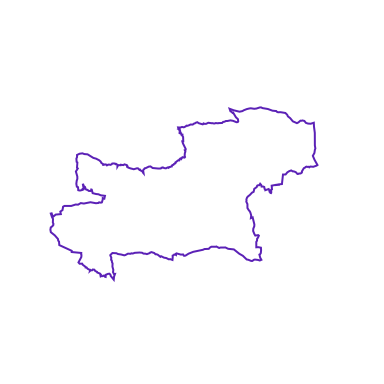 the district of Danicei, Vâlcea, Romania, rotated 236°
{"feature_id": "2599482B8342950914152", "entity_name": "Danicei", "entity_type": "district", "adm_level": 2, "iso_a3": "ROU", "parent_name": "Romania", "parent_adm1": "Vâlcea", "projection": "robinson", "projection_center": [24.445, 44.911], "detail": "fine", "context": "isolated", "style": "outline", "palette": "violet", "viewbox_px": 384, "rotation_deg": 236, "n_neighbors": 0, "source": "geoboundaries", "source_scale": "gbopen_adm2", "svg_char_len": 6061}
<svg xmlns="http://www.w3.org/2000/svg" viewBox="0 0 384 384"><g transform="rotate(236 192 192)"><path d="M181.3,331.7L182.2,328.6L183.8,326.5L185.6,325.1L188.1,324.9L189.6,323.5L189.8,322.7L190.5,321.8L190.2,319.1L190.4,317.5L194.2,315.1L198.3,314.7L201.1,313.8L202.8,314.1L205.3,313.6L208.7,310.0L210.0,307.9L211.1,307.2L212.0,307.1L214.4,304.2L218.4,301.3L222.1,297.4L223.6,296.5L224.2,295.4L225.2,292.0L226.2,290.1L228.5,287.6L229.2,286.2L230.1,283.8L230.8,280.7L230.9,279.0L232.0,276.3L236.5,272.2L240.0,269.7L237.4,269.0L236.4,269.6L234.8,269.9L234.7,270.5L229.4,270.2L226.7,270.8L224.7,269.8L224.4,269.0L225.0,267.9L228.1,265.8L229.9,263.9L231.0,261.2L231.9,259.8L232.1,258.2L232.7,257.0L232.4,255.5L234.2,252.7L234.4,252.0L235.9,250.2L236.1,249.2L236.7,248.3L237.6,247.5L237.9,246.9L240.3,244.2L240.6,241.9L241.4,240.6L242.4,239.9L242.0,239.1L242.1,238.7L245.2,236.1L246.9,235.4L247.3,233.9L247.3,232.6L247.6,231.9L247.5,230.3L248.8,228.5L249.0,226.8L249.5,225.1L250.1,224.5L249.9,223.4L250.2,221.4L251.5,220.1L252.0,218.3L253.3,216.6L252.7,216.4L251.5,216.7L251.6,216.0L250.9,216.3L250.4,216.1L250.4,216.6L248.9,216.2L248.4,215.9L248.3,215.3L247.7,215.5L247.5,214.8L246.8,215.2L246.5,215.8L245.2,215.3L244.8,216.1L243.7,215.4L242.6,215.4L238.9,213.1L239.4,212.3L237.5,211.7L231.1,210.8L230.5,210.2L230.7,209.4L229.2,209.1L228.1,207.7L226.2,206.2L224.9,205.8L224.7,205.2L224.8,204.9L225.4,204.7L225.5,204.1L226.2,203.5L225.4,201.6L226.2,201.5L226.3,201.0L226.1,200.0L225.7,199.7L225.8,199.3L225.4,199.0L226.0,198.1L225.8,195.2L225.5,195.0L225.7,194.6L225.1,194.0L225.3,192.5L224.9,191.8L225.3,190.8L225.1,190.2L224.5,189.5L224.9,188.9L224.9,188.0L225.5,187.1L225.1,186.1L226.0,185.5L226.2,183.6L227.4,182.3L228.7,181.6L228.7,181.0L229.2,180.3L228.9,179.7L229.2,178.8L230.6,176.8L233.9,172.8L236.4,171.9L237.2,170.4L237.7,166.9L238.1,166.0L237.7,165.1L237.7,164.3L237.1,163.5L234.6,162.3L235.4,162.2L236.9,162.4L238.2,161.6L239.7,161.4L239.7,160.8L241.7,160.5L242.4,159.7L243.4,156.5L246.1,154.1L248.0,152.7L248.8,152.8L249.2,152.3L249.9,152.7L250.0,153.0L250.8,153.0L252.7,151.4L252.7,150.1L254.4,148.2L254.1,147.8L255.4,146.1L255.3,145.4L254.8,144.4L256.0,145.2L256.8,145.2L257.9,144.7L257.9,144.1L258.7,143.9L259.3,143.3L260.2,141.8L259.9,140.9L260.1,139.6L261.2,138.5L261.6,137.6L261.5,136.9L261.8,136.2L262.7,136.2L263.6,135.3L263.8,134.1L264.2,133.5L264.9,133.9L266.7,133.1L268.3,133.3L270.2,132.8L273.3,131.1L275.4,129.3L281.6,126.5L283.7,123.9L285.3,122.8L286.6,120.2L287.0,117.4L285.2,116.2L284.3,114.8L281.5,113.2L280.6,113.5L276.4,110.2L275.4,110.5L273.9,107.2L269.0,105.6L267.0,104.3L265.8,102.7L263.5,100.7L260.8,99.5L259.7,100.2L257.1,98.7L256.2,99.5L255.6,100.5L255.0,102.3L255.4,102.5L255.0,103.3L255.5,103.5L255.1,104.5L255.9,104.3L259.1,105.7L259.0,106.0L257.3,105.6L256.0,106.1L253.8,105.5L253.0,105.7L252.2,106.6L250.8,106.9L249.7,108.2L249.5,108.8L250.4,109.9L250.0,110.2L246.6,109.0L244.0,111.3L242.4,113.2L240.3,114.5L237.5,117.7L235.5,115.6L236.8,114.6L235.8,113.9L233.8,111.5L234.1,110.5L235.4,109.2L235.2,108.4L236.4,106.1L240.3,102.1L242.9,95.9L245.0,93.6L245.2,90.5L246.7,88.5L248.0,84.0L251.8,78.4L251.9,76.9L249.4,74.5L249.4,71.9L247.0,70.9L249.5,66.4L249.1,62.8L252.8,63.7L253.1,62.9L249.4,61.9L247.4,61.7L244.4,59.5L243.3,59.4L242.2,58.6L242.1,57.9L241.7,57.3L241.6,55.1L239.9,53.5L237.6,52.5L232.8,54.0L228.0,54.6L226.5,53.9L225.2,54.0L222.2,52.3L210.5,59.4L209.5,58.7L203.4,66.1L202.2,65.2L201.7,65.2L200.0,63.9L197.1,58.5L195.4,58.7L194.0,60.9L192.9,60.7L189.4,61.9L188.9,61.6L188.3,62.4L186.8,62.5L184.9,63.5L184.6,64.0L184.3,64.1L183.6,63.3L183.7,64.1L182.9,65.6L183.2,66.4L182.2,67.6L180.6,67.6L178.9,68.6L178.3,68.4L175.8,70.1L174.9,70.2L175.0,69.9L173.1,69.1L173.0,69.8L172.3,70.7L172.0,72.2L170.5,72.4L169.9,72.9L171.6,74.2L171.1,76.6L170.4,77.9L169.0,78.1L167.9,77.7L163.1,78.1L165.4,80.0L167.1,82.3L167.5,81.4L169.7,81.7L171.4,83.2L174.6,84.3L177.2,86.2L178.5,86.4L180.2,87.2L181.0,87.0L182.7,88.4L185.1,88.8L185.4,89.0L185.9,91.9L183.5,95.1L182.0,95.9L179.8,98.3L177.4,100.4L177.0,101.5L176.7,104.4L175.1,106.6L175.1,107.4L174.1,108.5L173.6,110.5L171.2,114.6L169.6,116.6L168.1,117.3L166.9,118.9L165.7,119.9L165.0,122.8L165.2,123.4L164.8,124.8L162.5,126.6L160.8,126.9L160.2,127.8L159.0,128.6L156.0,129.5L156.2,130.2L156.0,130.5L153.2,132.1L151.7,133.7L149.2,135.1L148.5,136.4L146.6,137.8L148.4,139.3L150.1,140.4L149.9,141.6L150.1,142.4L149.4,143.2L148.8,143.5L149.8,144.2L149.8,144.8L146.3,147.8L145.2,149.7L143.8,149.6L143.3,150.1L142.9,151.1L142.8,154.7L141.7,159.6L138.0,168.7L137.7,170.5L135.5,174.1L135.9,175.8L135.8,177.4L133.3,181.1L133.2,181.7L130.4,183.2L130.1,184.4L127.3,188.7L124.7,190.2L121.0,194.6L114.3,196.7L110.7,198.5L105.5,199.6L104.3,200.8L101.8,202.5L101.1,203.5L101.2,205.3L100.8,206.4L98.7,208.8L97.3,209.9L97.0,211.6L99.4,211.8L102.4,212.9L102.3,213.6L102.9,214.9L105.2,216.8L107.3,218.0L109.2,216.1L110.2,214.4L114.7,217.4L115.3,218.7L116.9,219.9L117.2,221.1L118.4,223.0L119.2,222.8L120.5,220.1L122.3,220.2L125.5,220.9L127.3,222.3L128.8,224.5L130.3,225.6L137.1,228.1L137.4,226.2L139.5,228.0L142.4,228.9L143.8,229.1L144.8,228.9L147.7,229.0L151.0,231.2L153.6,231.6L154.4,232.4L155.5,233.0L156.6,234.5L157.0,235.7L157.2,238.3L157.9,241.4L157.7,243.2L159.8,245.4L159.9,248.4L160.8,249.6L160.7,250.4L160.0,251.6L160.7,253.1L159.1,253.3L157.6,252.7L156.7,254.1L155.8,254.7L153.9,253.9L153.1,254.1L152.5,253.8L151.6,257.2L149.8,256.9L148.8,256.4L148.2,256.6L147.4,256.5L146.9,256.9L147.1,257.3L149.6,258.9L149.5,259.8L152.7,261.6L151.0,265.6L150.8,265.5L149.5,267.9L149.9,268.0L148.3,271.0L155.6,277.2L154.2,279.4L155.0,282.1L154.9,284.3L154.4,286.3L152.7,287.1L152.3,287.8L151.1,288.7L150.2,289.2L148.0,289.5L147.5,290.4L147.5,291.1L146.9,291.8L146.6,292.8L146.7,294.0L147.6,294.6L149.2,298.0L149.0,299.1L149.2,300.3L149.0,301.1L148.4,301.5L147.9,302.5L147.4,303.1L146.9,303.1L146.9,304.4L145.1,306.6L144.2,310.0L144.2,311.1L150.3,311.6L154.4,312.4L155.9,315.3L158.3,317.5L159.1,318.6L161.9,319.9L172.4,326.9L178.0,329.7L181.3,331.7Z" fill="none" stroke="#5b21b6" stroke-width="2"/></g></svg>